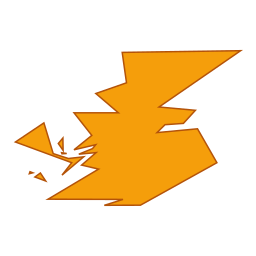 the border of Highland
{"feature_id": "GBR-2745", "entity_name": "Highland", "entity_type": "Unitary District", "adm_level": 1, "iso_a3": "GBR", "parent_name": "United Kingdom", "parent_adm1": "", "projection": "natural_earth1", "projection_center": [-5.279, 57.587], "detail": "coarse", "context": "isolated", "style": "filled", "palette": "amber", "viewbox_px": 256, "rotation_deg": 0, "n_neighbors": 0, "source": "natural_earth", "source_scale": "10m", "svg_char_len": 698}
<svg xmlns="http://www.w3.org/2000/svg" viewBox="0 0 256 256"><path d="M104.3,205.3L123.0,199.4L48.0,199.2L98.6,169.1L81.6,165.1L96.1,152.6L78.8,154.2L92.5,148.6L95.7,144.7L74.0,149.8L91.8,135.4L74.0,112.8L118.4,112.8L95.8,93.5L126.5,82.8L122.2,52.4L240.6,50.7L159.0,107.0L195.4,110.3L183.4,123.4L165.0,124.7L157.0,132.6L197.5,128.8L216.9,162.7L140.4,205.2L104.3,205.3ZM71.7,162.7L15.4,142.0L43.9,122.9L53.2,153.6L68.4,158.5L83.7,156.8L62.0,175.1L71.7,162.7ZM40.4,173.0L45.7,181.0L34.9,177.0L40.4,173.0ZM63.1,150.4L58.3,143.5L62.9,138.0L63.1,150.4ZM66.7,153.5L62.0,153.8L61.6,152.7L66.7,153.5ZM29.3,173.7L30.0,171.7L32.8,172.8L29.3,173.7Z" fill="#f59e0b" stroke="#b45309" stroke-width="1.5"/></svg>